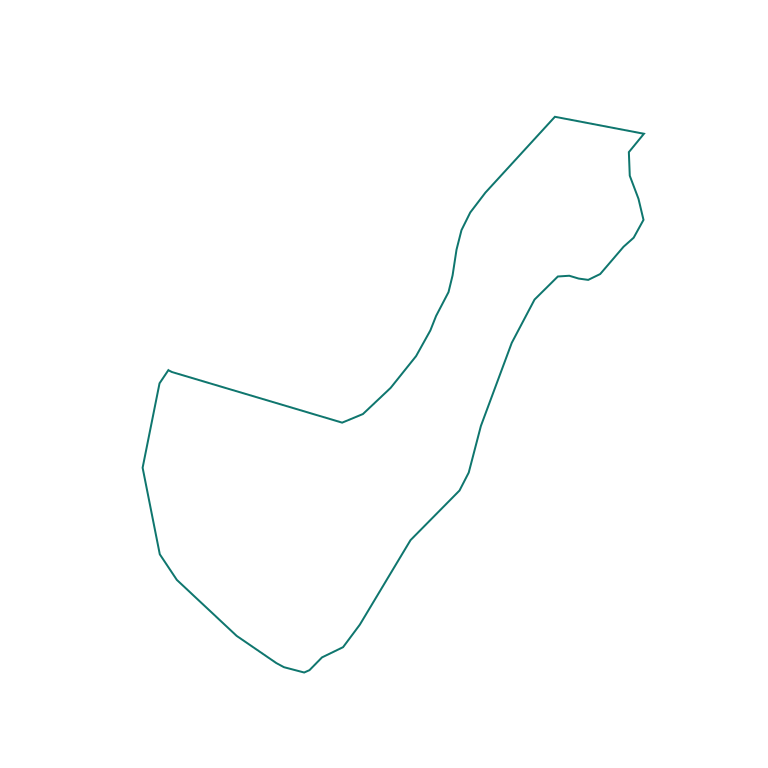 an SVG outline of Zamboanga, rotated 12°
{"feature_id": "PHL-4932", "entity_name": "Zamboanga", "entity_type": "Highly Urbanized City", "adm_level": 1, "iso_a3": "PHL", "parent_name": "Philippines", "parent_adm1": "", "projection": "robinson", "projection_center": [122.183, 7.185], "detail": "fine", "context": "isolated", "style": "outline", "palette": "teal", "viewbox_px": 768, "rotation_deg": 12, "n_neighbors": 0, "source": "natural_earth", "source_scale": "10m", "svg_char_len": 738}
<svg xmlns="http://www.w3.org/2000/svg" viewBox="0 0 768 768"><g transform="rotate(12 384 384)"><path d="M586.2,85.2L575.3,106.3L581.1,129.2L594.4,149.9L603.7,169.5L597.8,189.0L589.8,199.9L572.6,231.5L562.1,239.7L552.5,240.4L542.7,239.6L531.7,242.7L513.7,270.1L500.4,317.2L487.5,404.9L485.3,453.0L480.0,472.5L442.4,531.2L410.4,624.4L398.7,649.9L380.2,664.3L370.6,679.4L365.9,682.8L345.0,681.8L336.8,679.4L292.2,661.0L222.1,618.7L200.1,597.2L165.3,516.1L164.3,430.0L170.2,415.3L170.4,415.4L174.2,416.4L351.1,430.5L368.4,418.6L369.6,417.8L391.3,386.4L409.6,350.0L418.2,322.0L420.8,306.6L428.0,280.7L428.5,263.5L427.0,237.5L427.8,217.4L432.7,198.3L443.4,175.7L495.6,87.1L586.2,85.2Z" fill="none" stroke="#0f766e" stroke-width="2"/></g></svg>